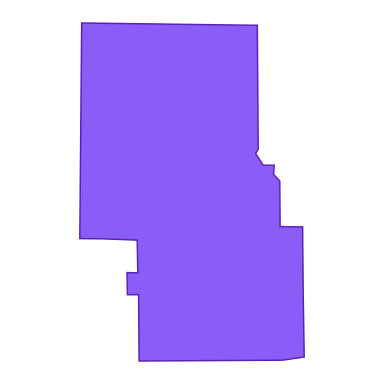 Richland, Ohio, United States of America (Albers equal-area conic projection)
{"feature_id": "52423323B34604508478331", "entity_name": "Richland", "entity_type": "district", "adm_level": 2, "iso_a3": "USA", "parent_name": "United States of America", "parent_adm1": "Ohio", "projection": "albers", "projection_center": [-82.503, 40.773], "detail": "fine", "context": "isolated", "style": "filled", "palette": "violet", "viewbox_px": 384, "rotation_deg": 0, "n_neighbors": 0, "source": "geoboundaries", "source_scale": "gbopen_adm2", "svg_char_len": 403}
<svg xmlns="http://www.w3.org/2000/svg" viewBox="0 0 384 384"><path d="M139.1,361.0L282.3,360.2L304.2,357.0L303.2,293.8L302.6,226.9L280.1,226.6L279.8,181.1L273.6,174.4L274.2,165.2L263.2,165.2L255.7,153.6L258.2,149.0L257.3,25.2L248.7,25.2L81.7,23.0L79.8,238.6L101.7,238.8L137.2,240.1L137.8,272.9L127.0,272.6L127.4,294.7L138.6,294.7L139.1,361.0Z" fill="#8b5cf6" stroke="#5b21b6" stroke-width="1.5"/></svg>